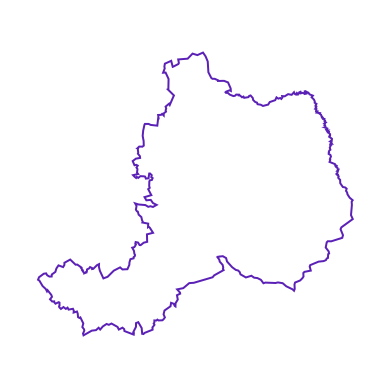 Kanturk Lea-4, Cork, Ireland (orthographic projection), rotated 176°
{"feature_id": "5873133B26556088806881", "entity_name": "Kanturk Lea-4", "entity_type": "district", "adm_level": 2, "iso_a3": "IRL", "parent_name": "Ireland", "parent_adm1": "Cork", "projection": "orthographic", "projection_center": [-8.958, 52.204], "detail": "fine", "context": "isolated", "style": "outline", "palette": "violet", "viewbox_px": 384, "rotation_deg": 176, "n_neighbors": 0, "source": "geoboundaries", "source_scale": "gbopen_adm2", "svg_char_len": 5890}
<svg xmlns="http://www.w3.org/2000/svg" viewBox="0 0 384 384"><g transform="rotate(176 192 192)"><path d="M210.1,321.9L210.8,319.1L210.6,317.2L212.5,313.0L210.0,313.0L207.5,306.4L208.4,296.3L209.0,296.1L203.3,289.6L208.1,280.4L208.7,281.7L212.4,279.0L211.9,277.1L212.6,275.4L212.3,274.0L214.7,272.4L214.9,270.3L216.4,272.0L217.5,271.1L220.4,271.2L220.2,267.9L220.6,268.0L222.0,260.6L228.5,261.8L230.5,262.9L234.2,263.2L234.7,262.5L236.4,256.7L237.3,251.4L236.7,246.2L236.9,241.6L238.3,240.7L241.5,241.0L243.2,239.6L242.6,239.5L243.1,238.4L242.9,235.0L243.3,234.0L241.5,231.4L241.4,229.6L245.6,229.2L249.0,227.0L247.5,222.7L245.7,223.0L244.3,222.1L245.7,220.2L244.8,218.7L245.5,215.2L244.5,213.7L249.6,212.9L248.3,211.3L246.8,209.9L246.0,210.9L244.7,209.8L242.4,211.4L239.0,211.0L237.7,210.6L237.1,208.6L234.4,208.7L233.4,213.4L232.6,213.4L231.0,211.6L231.6,209.7L230.3,208.6L231.2,206.8L233.1,206.6L233.8,205.7L234.3,200.9L233.9,199.1L235.5,197.9L232.8,191.7L239.7,190.2L238.1,186.9L233.7,187.0L231.7,183.7L228.2,181.6L232.0,179.8L234.4,180.7L236.7,180.3L239.4,182.2L246.2,183.3L249.5,184.6L248.3,182.0L249.2,178.3L248.3,176.6L247.4,176.2L246.8,173.1L244.3,170.6L243.8,167.3L243.1,165.5L243.5,165.0L237.9,163.5L238.3,160.1L237.7,160.5L236.5,159.2L233.7,154.0L239.9,152.9L240.2,145.4L243.7,144.8L246.9,142.6L248.0,142.7L249.3,145.3L251.7,146.0L252.2,144.3L251.6,143.7L252.4,142.2L253.4,141.0L255.5,140.6L254.0,137.3L253.8,134.5L253.2,133.1L253.7,131.8L254.7,131.2L254.9,129.9L258.1,129.3L259.3,126.2L259.6,123.7L261.8,119.5L266.8,119.6L269.0,121.8L275.5,119.0L282.1,113.3L286.4,112.0L289.4,119.8L290.1,124.0L289.8,126.5L291.8,125.7L295.9,122.2L297.0,122.1L297.0,123.1L298.9,124.2L299.9,123.0L302.1,122.1L302.4,120.3L303.1,119.8L302.9,119.1L305.1,118.4L305.0,119.1L305.7,119.3L307.0,121.5L306.5,121.7L308.0,124.0L307.6,124.4L311.5,127.6L313.2,127.6L318.2,133.1L324.2,130.3L324.4,128.1L325.8,126.1L330.3,128.1L332.6,125.2L333.9,121.8L337.6,119.5L337.9,117.5L340.2,117.6L342.3,119.1L343.2,121.0L345.6,120.8L350.6,117.6L351.7,115.2L350.4,114.2L347.6,108.6L344.7,105.5L343.6,103.0L342.9,104.1L339.5,99.1L339.0,97.2L341.1,94.9L339.1,92.5L337.1,92.5L337.1,91.6L336.0,90.1L332.6,91.4L331.9,90.9L332.1,87.9L332.6,87.3L332.4,86.2L330.9,84.5L328.3,86.2L326.0,84.2L324.2,85.3L323.3,83.3L318.9,83.8L318.2,81.8L318.5,80.0L315.1,80.8L314.5,78.7L314.4,75.1L313.1,74.2L312.1,74.7L309.6,68.5L310.8,64.9L309.3,62.6L309.1,61.2L310.6,58.4L310.2,56.6L301.6,60.7L297.4,60.9L294.6,63.1L293.2,61.2L290.2,64.2L286.4,66.3L284.2,65.3L281.5,66.4L275.7,62.6L274.6,59.9L270.8,61.5L269.2,59.9L269.1,58.0L260.1,53.8L259.8,55.5L260.4,56.2L257.3,61.4L257.0,65.1L254.7,65.9L251.7,59.8L251.6,54.0L250.3,53.7L249.3,54.7L240.9,57.4L240.9,59.7L238.7,62.1L239.4,63.5L238.7,64.3L238.5,66.5L236.4,66.3L235.4,67.1L234.3,66.2L230.4,66.1L228.8,67.5L227.8,68.8L228.9,71.9L227.7,75.7L221.4,79.5L220.6,82.9L218.0,81.8L217.3,79.8L216.9,79.6L216.9,79.3L216.5,79.0L216.2,82.1L213.7,85.7L214.2,90.1L210.9,91.4L211.0,92.5L213.6,95.9L207.4,96.7L201.1,101.3L196.5,101.3L177.4,105.5L175.7,107.3L165.9,111.9L166.5,113.1L166.1,114.4L166.5,117.1L169.2,120.6L169.5,122.6L171.2,125.3L170.8,125.5L170.3,124.9L169.5,125.7L165.7,125.8L162.6,123.7L161.9,120.2L157.2,114.2L153.7,111.2L151.5,110.5L150.0,108.8L149.4,106.5L144.2,103.0L138.6,104.3L136.0,102.2L132.8,101.6L129.4,99.6L127.1,96.0L125.1,96.5L115.1,95.4L112.6,95.8L107.9,94.7L104.6,91.4L98.5,87.9L97.1,86.4L96.3,88.1L96.2,92.7L95.5,94.5L90.3,96.2L87.8,98.4L86.7,99.8L86.6,103.4L85.4,104.5L79.0,105.3L79.8,109.4L79.2,110.8L70.6,113.7L65.5,113.9L63.2,114.7L62.2,116.3L61.0,116.7L60.5,120.5L59.5,121.1L59.8,123.2L62.5,127.3L61.1,132.4L60.0,133.4L56.6,133.1L45.3,135.8L44.4,138.4L46.4,144.5L45.5,146.3L33.5,153.8L35.0,157.8L33.4,168.0L33.4,171.2L32.3,172.6L35.1,175.3L37.1,178.9L37.3,180.7L38.3,182.4L37.5,184.5L38.8,185.8L41.2,186.5L43.5,190.4L43.4,193.8L45.0,195.7L45.1,196.6L44.6,197.1L45.1,198.9L45.8,198.8L46.7,199.9L45.8,200.7L44.8,203.1L45.5,203.1L44.5,204.3L45.0,204.4L45.2,205.9L46.3,206.7L45.9,207.6L46.6,207.8L46.2,208.3L47.5,209.1L47.5,209.9L52.7,212.4L51.8,214.5L52.2,215.1L50.9,217.8L51.4,219.4L53.0,220.4L52.8,221.6L52.3,221.1L52.8,222.2L52.1,223.8L51.0,224.5L51.5,226.6L50.5,228.4L50.8,229.0L49.6,229.4L49.5,230.2L50.5,230.4L50.2,231.2L49.4,230.9L50.0,231.9L49.2,232.4L49.2,233.3L50.0,233.3L48.8,234.2L48.7,235.4L51.3,237.5L50.4,238.8L51.1,239.6L50.3,239.2L50.2,240.1L51.5,241.4L51.1,242.5L51.8,243.0L51.8,242.4L52.5,242.2L52.7,243.1L52.3,243.5L53.1,243.4L53.7,244.6L52.6,244.7L52.5,245.9L55.0,247.1L54.2,247.2L54.5,248.9L55.2,249.3L54.5,251.1L54.9,251.2L53.6,252.1L54.8,253.0L54.3,253.9L55.0,254.7L54.8,255.6L56.1,255.8L55.9,256.4L56.7,257.6L57.0,256.4L57.9,260.1L59.4,261.3L59.0,261.8L62.2,262.5L61.3,263.7L62.6,264.0L62.2,265.8L63.2,266.3L62.2,267.1L62.8,268.2L62.0,268.8L62.7,269.8L61.7,271.2L63.4,272.5L63.2,273.8L63.9,275.7L66.1,278.2L64.7,279.7L67.9,281.2L69.0,283.0L70.1,282.9L70.3,283.7L71.9,284.7L72.4,284.6L72.2,283.7L70.9,283.5L70.9,282.2L72.8,281.9L74.2,283.2L76.2,282.9L76.7,284.4L77.6,284.1L77.1,283.2L77.4,282.8L79.0,283.1L79.6,281.8L80.8,282.0L80.2,282.7L80.6,283.3L81.5,282.0L82.7,282.7L83.3,284.4L85.8,282.0L89.3,282.9L92.8,281.0L95.4,281.4L95.2,280.0L96.4,278.6L97.5,279.6L99.4,279.1L101.1,280.5L102.6,277.8L108.2,276.3L109.9,273.9L115.2,272.9L117.4,274.3L120.5,275.0L120.9,276.6L122.7,277.4L124.6,279.6L124.8,281.5L126.8,284.2L128.2,283.9L129.1,282.7L133.4,282.3L134.0,283.6L135.5,283.0L137.2,284.8L138.6,285.1L138.4,285.8L141.1,286.1L142.4,285.0L144.0,284.8L147.5,286.5L149.5,288.5L151.1,288.5L151.6,289.2L150.8,289.8L147.5,290.8L146.2,290.1L146.2,292.6L148.4,298.8L152.2,300.6L158.3,301.0L158.2,301.6L161.4,303.3L163.7,303.5L164.8,304.4L167.3,310.3L167.2,321.1L169.0,326.4L171.3,330.3L177.1,328.2L181.8,330.0L187.0,325.3L196.5,325.2L196.1,321.6L196.7,320.6L202.1,318.3L202.5,318.2L203.6,324.3L210.1,321.9Z" fill="none" stroke="#5b21b6" stroke-width="2"/></g></svg>